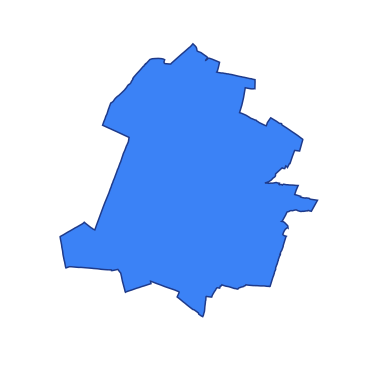 Ivesti, Vaslui, Romania, rotated 120°
{"feature_id": "2599482B87899807765527", "entity_name": "Ivesti", "entity_type": "district", "adm_level": 2, "iso_a3": "ROU", "parent_name": "Romania", "parent_adm1": "Vaslui", "projection": "robinson", "projection_center": [27.546, 46.204], "detail": "fine", "context": "isolated", "style": "filled", "palette": "blue", "viewbox_px": 384, "rotation_deg": 120, "n_neighbors": 0, "source": "geoboundaries", "source_scale": "gbopen_adm2", "svg_char_len": 5900}
<svg xmlns="http://www.w3.org/2000/svg" viewBox="0 0 384 384"><g transform="rotate(120 192 192)"><path d="M296.5,283.9L296.8,283.8L299.0,282.0L303.0,278.5L305.0,277.0L307.5,274.8L308.4,274.1L308.8,273.8L310.7,272.4L314.9,268.7L316.2,267.4L319.8,264.3L320.8,263.3L320.7,263.1L318.4,261.2L317.9,260.7L317.0,259.0L313.9,252.3L312.8,250.5L308.3,241.0L307.5,239.1L305.8,235.6L305.0,233.7L304.4,232.1L302.8,228.7L301.3,225.7L299.9,223.2L299.8,222.8L299.8,222.7L300.3,222.4L299.9,221.7L296.1,217.5L297.3,214.7L297.8,213.3L299.9,211.3L304.1,207.6L309.5,202.2L310.4,201.3L311.6,200.2L312.1,199.5L311.4,199.1L309.5,197.5L307.0,195.2L303.2,192.0L301.0,189.9L299.3,188.5L297.1,186.4L293.4,183.1L291.9,181.7L290.0,183.3L289.6,181.4L289.4,179.9L288.9,176.6L288.2,172.8L287.5,168.1L285.5,158.0L285.1,154.8L285.0,153.6L285.0,153.2L285.5,152.9L290.3,152.4L290.6,150.1L291.6,144.3L291.8,142.6L292.3,139.9L293.2,133.7L293.3,132.3L293.0,131.5L293.0,130.8L293.5,126.1L293.7,125.9L294.4,125.1L294.7,122.3L294.6,120.4L293.2,120.5L292.4,120.7L291.5,121.0L289.3,121.5L288.1,122.0L287.0,122.5L285.2,123.4L281.1,125.1L280.4,125.5L279.6,125.8L278.7,126.0L276.6,127.1L275.5,127.5L275.3,127.4L273.5,123.1L273.1,122.4L271.7,122.7L271.0,122.8L267.3,122.8L266.1,122.7L265.4,122.6L264.0,122.7L263.1,122.6L262.6,122.5L262.2,122.2L261.4,120.0L259.3,120.4L258.8,119.8L257.4,119.7L257.4,119.1L256.6,115.5L255.7,113.1L255.1,110.6L254.4,107.1L254.0,106.4L253.4,104.2L253.1,103.7L252.3,103.7L251.8,103.4L251.3,103.2L250.2,102.1L249.7,101.9L249.2,101.2L247.9,99.9L247.4,99.9L246.8,99.5L246.4,99.0L245.9,98.8L245.3,98.9L244.8,97.3L243.8,95.1L242.3,91.9L240.7,89.1L239.1,85.8L237.3,82.7L236.1,79.7L235.3,78.4L235.3,77.9L234.7,77.2L225.5,79.3L223.4,79.6L222.7,79.8L221.4,80.0L220.0,80.6L218.5,80.7L217.4,80.8L215.7,81.7L215.1,81.8L213.8,82.0L212.7,82.2L212.3,82.3L212.0,82.2L211.3,82.4L210.4,82.6L209.6,82.9L209.1,83.0L208.4,83.0L207.7,83.2L207.3,83.5L205.9,83.7L205.0,83.9L203.8,84.1L202.6,84.1L202.0,84.2L201.9,84.8L200.9,84.7L200.0,85.1L199.4,85.2L198.9,85.2L198.5,85.1L197.8,85.1L194.7,85.6L193.4,85.9L192.9,86.2L185.5,87.9L184.1,88.2L183.6,88.3L183.2,88.2L183.4,89.2L183.7,89.7L183.6,91.6L183.3,92.2L180.5,92.6L178.0,92.6L177.4,92.5L176.0,91.9L175.0,91.5L175.1,90.9L173.7,91.9L173.4,92.2L173.0,93.5L172.1,96.7L172.1,97.6L172.1,98.3L172.5,99.3L172.6,99.6L172.2,99.4L171.9,99.3L171.4,99.3L165.3,99.4L162.1,99.7L161.5,99.5L161.2,99.1L160.4,98.3L159.4,97.8L158.6,97.0L157.9,95.5L156.8,94.5L155.8,93.4L155.3,92.5L155.3,91.2L154.6,88.3L154.2,87.6L153.4,86.6L152.9,85.6L152.3,84.9L150.8,83.0L150.5,82.4L150.0,82.3L149.7,81.8L149.7,81.2L149.0,79.0L136.4,79.2L139.1,86.0L138.9,87.4L140.1,90.4L140.6,90.7L141.6,93.4L142.1,95.5L141.4,95.7L142.8,101.8L138.4,102.7L133.3,103.3L134.3,105.2L135.4,107.7L137.5,111.7L137.7,112.4L138.6,114.1L139.2,116.0L139.6,116.8L140.1,117.0L140.9,117.3L140.8,118.1L141.0,118.9L141.9,119.7L142.0,120.2L141.9,120.5L140.7,120.7L141.4,122.5L141.7,123.9L143.2,125.6L144.1,126.7L145.0,128.4L145.6,129.1L146.1,129.8L146.8,131.7L147.8,133.3L147.2,132.9L146.7,132.4L146.4,132.0L145.9,131.7L144.9,130.8L141.9,129.3L139.5,128.8L137.6,127.9L136.8,127.8L136.3,127.8L134.5,128.7L126.0,126.0L126.0,124.9L125.4,123.4L122.5,123.8L122.6,122.8L123.1,121.6L118.7,121.8L118.5,121.4L118.2,121.4L110.7,122.9L104.7,123.9L104.3,123.1L102.7,119.3L96.9,120.8L95.0,121.3L91.3,122.2L91.0,122.5L90.9,123.2L90.8,124.2L90.6,125.8L90.2,128.9L89.7,136.2L89.2,142.3L89.0,147.2L88.9,147.5L88.7,148.0L88.3,148.2L88.1,148.5L88.1,148.8L88.1,149.2L88.3,149.6L88.6,149.9L88.8,150.4L88.8,150.9L88.5,154.3L88.4,160.9L89.9,161.1L94.0,161.4L95.0,161.3L95.9,161.0L97.5,160.8L97.8,162.0L98.3,168.7L98.2,169.1L98.1,170.4L98.1,171.4L97.8,172.1L97.8,172.7L98.1,173.3L98.2,174.0L98.4,176.0L98.7,177.9L98.7,178.7L98.6,179.3L98.5,183.5L98.9,187.3L99.2,189.2L99.5,190.5L91.8,192.3L84.9,194.4L75.1,198.0L73.3,192.9L72.7,191.6L71.8,190.2L71.2,189.5L71.1,189.2L65.2,192.4L63.9,193.2L63.2,193.6L63.9,195.6L64.2,197.0L64.4,197.7L64.8,198.3L66.0,202.3L66.1,202.6L66.5,203.9L67.2,205.7L67.5,206.9L68.0,208.2L68.4,209.4L69.5,213.1L69.7,213.8L70.1,215.1L70.3,215.9L70.8,217.3L71.1,217.9L71.3,218.4L71.5,219.4L72.3,221.0L72.5,222.0L72.8,222.5L73.6,224.9L74.3,226.1L75.8,230.3L75.8,230.6L75.3,230.5L73.8,230.7L71.1,231.4L65.9,233.0L66.4,237.2L66.9,240.9L67.4,243.5L67.7,244.4L68.2,244.8L70.6,245.6L71.1,246.0L70.9,246.1L68.8,245.7L68.3,245.8L67.8,245.9L67.5,246.5L66.8,253.9L66.9,254.7L67.0,255.2L67.2,256.5L67.3,257.5L67.3,257.9L67.0,258.4L65.2,259.9L64.5,260.8L64.0,262.1L63.2,265.3L65.8,265.8L68.0,266.4L68.2,266.6L74.7,268.8L77.7,269.9L91.0,274.3L91.8,274.4L92.7,276.1L93.8,278.5L94.3,279.5L94.2,280.5L93.4,281.3L91.1,281.8L91.2,283.3L91.8,285.2L93.1,287.9L95.0,290.9L96.5,293.1L98.3,294.7L104.5,296.1L104.4,296.4L104.5,296.4L105.5,296.5L106.0,296.7L107.0,296.6L107.3,296.7L107.6,297.0L113.3,298.1L117.2,299.0L121.8,299.9L123.3,300.0L123.5,299.7L124.0,299.6L125.4,299.7L126.7,299.8L127.2,299.7L127.7,299.5L130.1,300.0L130.6,300.6L132.2,300.9L134.8,301.0L135.4,301.2L137.3,301.4L142.5,302.9L145.1,303.7L146.5,304.4L147.8,304.8L149.2,305.2L150.5,305.4L152.4,305.5L153.0,305.6L155.0,306.4L155.2,306.7L155.6,306.8L156.0,306.8L156.9,306.6L159.1,306.3L159.7,306.1L161.9,305.8L166.7,304.7L167.6,304.6L169.5,304.5L172.2,303.9L175.4,303.5L177.4,303.1L178.9,302.8L177.5,288.5L176.2,273.8L180.4,272.2L184.1,271.8L185.1,271.8L186.0,271.6L189.6,271.0L192.9,270.7L195.7,270.1L198.2,269.6L199.5,269.3L202.0,268.8L202.8,268.8L208.8,267.7L209.4,267.8L212.3,267.2L216.0,266.6L218.8,266.1L222.0,265.7L223.6,265.3L224.1,265.3L225.8,265.1L228.4,264.5L230.2,264.3L234.3,263.5L245.0,262.1L250.0,261.3L261.5,259.3L268.0,258.2L273.4,257.2L273.6,259.0L273.4,260.3L273.4,261.6L272.3,269.1L272.0,270.1L272.3,270.3L273.0,270.4L273.5,270.6L275.3,271.5L276.6,272.3L280.2,274.4L281.5,275.3L282.5,275.8L286.7,278.2L289.0,279.6L293.2,281.9L296.5,283.9Z" fill="#3b82f6" stroke="#1e3a8a" stroke-width="1.5"/></g></svg>